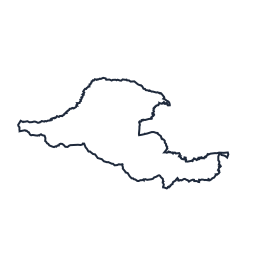 Paulesti, Vrancea, Romania (Robinson projection), rotated 22°
{"feature_id": "2599482B74824267057169", "entity_name": "Paulesti", "entity_type": "district", "adm_level": 2, "iso_a3": "ROU", "parent_name": "Romania", "parent_adm1": "Vrancea", "projection": "robinson", "projection_center": [26.578, 45.893], "detail": "fine", "context": "isolated", "style": "outline", "palette": "slate", "viewbox_px": 256, "rotation_deg": 22, "n_neighbors": 0, "source": "geoboundaries", "source_scale": "gbopen_adm2", "svg_char_len": 5928}
<svg xmlns="http://www.w3.org/2000/svg" viewBox="0 0 256 256"><g transform="rotate(22 128 128)"><path d="M186.6,169.5L187.0,168.9L187.1,167.8L187.7,167.7L187.5,167.4L187.7,167.0L188.3,167.0L189.0,166.3L188.8,165.3L189.3,164.7L189.5,164.0L190.3,163.4L190.0,162.4L190.4,161.1L190.2,160.9L191.8,159.0L192.0,158.3L191.8,158.1L192.6,155.9L194.0,156.8L194.2,157.8L194.9,157.8L196.4,156.5L197.3,156.5L199.0,154.3L199.8,153.9L201.9,154.2L202.9,154.0L204.6,154.9L205.4,153.6L207.5,151.6L208.6,151.3L209.3,152.4L211.7,151.4L212.7,151.4L213.3,151.7L214.0,151.5L213.7,151.1L213.8,150.3L213.6,149.9L214.0,149.9L214.0,149.6L213.6,149.6L213.5,149.3L214.7,149.1L215.3,148.4L216.8,147.8L218.8,147.5L219.3,147.1L222.1,146.4L221.7,146.0L221.7,145.2L223.7,145.5L224.6,144.2L225.0,143.0L226.4,141.7L226.9,139.4L226.9,138.6L227.4,138.3L226.9,138.0L228.5,137.0L229.0,136.4L229.4,134.8L228.2,134.0L228.6,133.6L228.4,133.2L227.2,133.1L227.4,131.7L227.3,130.9L227.8,130.0L227.0,129.7L227.3,129.2L227.8,129.4L228.3,128.7L227.5,128.0L225.9,128.0L225.8,126.4L225.2,124.9L223.9,124.2L222.4,120.6L222.4,116.9L223.8,117.2L224.8,118.0L227.3,117.5L229.0,117.6L231.0,118.3L230.9,114.9L229.7,113.3L226.0,115.2L221.7,116.7L220.0,118.0L217.9,118.8L214.1,120.9L212.7,122.3L212.6,121.4L212.3,122.4L211.7,122.3L211.6,122.5L211.8,123.1L211.4,123.9L211.3,125.2L210.6,125.2L210.2,125.7L210.6,126.4L209.0,127.5L209.3,127.8L207.6,128.4L207.1,127.7L206.2,128.8L205.9,128.4L205.6,128.6L205.8,129.0L204.6,129.2L204.7,129.6L204.4,130.0L205.2,130.5L203.9,131.3L204.0,131.6L203.7,132.0L201.3,131.4L201.1,131.9L200.5,131.8L200.5,132.6L199.8,133.7L200.3,134.3L200.2,134.6L199.1,134.7L195.9,136.8L194.2,137.4L193.5,136.6L193.8,135.7L192.8,134.6L192.6,133.9L191.4,134.1L191.7,135.7L191.1,136.3L189.2,136.5L187.8,135.7L188.0,135.4L187.6,135.1L186.8,135.0L186.9,134.7L185.9,135.1L186.0,132.9L184.9,132.1L181.9,133.7L181.2,133.2L180.3,133.4L179.9,134.0L179.1,133.9L179.1,134.7L178.3,134.3L177.3,134.7L176.3,134.4L175.7,134.8L174.9,134.6L174.9,135.1L174.3,135.1L174.2,135.5L173.5,135.9L173.3,136.4L171.9,136.5L170.8,137.0L172.2,132.4L171.5,132.0L171.5,130.9L170.1,130.2L170.1,129.8L169.7,129.6L169.3,128.6L167.6,127.8L166.9,126.1L165.4,125.4L164.4,125.3L163.9,125.6L163.1,125.3L163.0,124.7L162.3,124.3L161.7,123.3L157.7,122.2L157.6,121.7L157.3,121.5L155.7,122.0L153.4,122.1L151.5,122.9L147.9,125.9L146.3,127.0L145.8,127.0L145.6,127.5L143.3,129.1L141.0,130.5L140.4,129.5L138.8,124.2L137.9,122.0L138.0,121.4L137.6,120.2L136.1,118.4L136.3,117.6L136.5,117.3L137.2,117.5L137.8,117.0L138.0,115.8L138.4,115.6L138.0,115.3L139.0,114.6L140.8,114.2L144.1,111.7L146.5,110.6L146.5,110.2L145.6,109.4L146.8,107.5L145.9,106.5L147.2,106.3L147.3,106.0L146.8,105.4L145.2,104.8L145.6,104.3L145.9,103.0L145.0,102.3L145.1,101.8L144.5,100.8L144.9,100.3L144.4,99.9L144.8,98.8L145.3,98.5L145.2,97.8L145.8,97.2L145.9,96.5L147.6,95.5L147.4,94.6L148.1,93.6L147.7,93.0L149.8,93.0L150.5,92.6L150.6,92.1L151.2,92.2L151.6,90.5L152.7,91.1L153.2,91.8L153.9,91.5L153.9,90.8L154.5,90.2L156.1,91.6L156.2,92.0L156.6,92.1L158.2,91.3L157.8,90.4L156.6,88.9L155.3,88.3L153.6,88.2L151.2,87.5L149.8,87.6L150.2,86.2L149.8,85.7L145.7,83.4L144.6,83.5L144.6,84.0L142.1,83.8L140.9,84.5L137.4,84.9L136.2,85.4L134.1,85.1L134.0,85.6L133.6,85.8L132.6,85.6L130.3,86.2L129.1,85.4L127.7,85.8L125.4,83.9L124.5,83.9L124.0,83.5L122.6,83.9L120.8,83.8L116.4,82.4L113.0,84.0L111.1,83.5L109.2,84.2L108.5,83.7L107.6,84.3L104.8,85.0L104.0,86.6L102.7,87.0L100.3,87.1L99.5,88.0L98.5,87.9L95.8,89.1L95.1,90.1L92.7,90.0L89.7,91.4L88.7,90.4L86.2,90.8L84.4,92.7L83.4,92.8L82.3,94.1L81.2,94.4L81.0,95.1L79.0,95.2L78.5,96.8L77.8,96.9L77.9,97.2L76.8,98.4L77.2,99.5L76.8,100.2L76.8,101.5L76.0,102.0L76.7,104.0L75.6,104.4L75.5,105.3L74.8,106.2L74.6,107.4L73.6,107.7L73.0,109.5L72.8,111.0L74.1,111.4L74.1,112.2L73.4,113.5L74.0,113.4L74.4,113.7L74.0,114.0L74.1,115.2L73.8,116.0L74.1,116.6L73.3,117.2L74.0,117.9L74.0,118.4L73.9,119.2L73.3,119.6L74.2,120.6L73.7,121.3L73.5,122.5L73.7,123.0L71.4,124.0L72.2,124.7L71.6,126.1L72.4,126.5L72.0,126.7L71.9,128.1L70.3,130.2L69.4,130.0L68.6,130.5L68.5,131.1L66.7,132.1L66.7,133.3L65.8,134.3L65.8,135.1L65.1,135.5L64.8,136.3L65.4,137.1L64.6,137.4L64.6,137.8L63.9,138.2L63.6,138.9L63.8,139.4L63.3,140.5L62.5,140.9L62.5,141.6L60.4,142.3L59.8,143.6L57.7,143.6L57.4,145.1L57.1,145.2L56.8,145.9L56.3,145.8L55.7,146.3L55.7,146.7L55.1,146.7L53.7,147.9L54.2,148.7L53.4,148.9L53.7,149.4L53.6,149.8L52.8,149.9L52.6,150.4L50.8,151.3L49.9,152.4L48.5,152.6L48.0,153.4L45.4,153.9L45.1,154.6L44.3,155.3L44.2,155.8L42.6,156.9L39.9,156.8L38.5,157.2L36.8,158.5L34.5,159.6L32.2,159.4L29.8,161.0L29.0,161.1L28.5,161.8L25.8,161.5L25.0,166.3L25.8,167.3L27.1,168.0L28.1,170.6L28.7,171.1L28.8,171.6L33.3,168.7L34.3,168.9L35.0,168.5L36.9,169.2L37.6,169.1L39.5,170.7L40.9,171.0L42.4,170.1L45.5,169.4L47.1,168.9L47.5,168.3L48.6,168.2L48.9,167.3L49.7,166.4L51.2,166.8L53.5,166.4L55.2,168.3L56.1,171.1L57.0,171.3L58.7,172.5L60.1,172.6L61.5,173.6L64.9,173.6L66.6,173.4L67.6,172.2L68.5,172.2L69.2,170.6L70.4,170.2L70.4,168.9L71.3,167.9L73.0,167.4L74.9,167.9L76.9,168.9L79.1,168.2L80.0,166.5L81.0,165.5L87.9,162.3L90.5,161.5L92.0,160.2L92.0,159.3L93.2,158.9L95.9,161.8L97.7,162.7L100.0,164.5L100.5,164.6L101.4,164.0L105.2,165.2L107.4,164.8L111.2,167.2L115.4,166.7L118.1,167.9L121.4,167.6L122.5,167.0L126.3,167.2L127.5,166.8L129.6,167.6L131.9,166.4L133.2,165.0L134.3,164.9L136.4,163.7L136.7,164.0L136.6,164.7L138.0,166.3L138.4,167.6L142.1,169.6L142.4,170.1L144.6,169.9L147.7,172.2L150.2,173.3L151.7,172.8L152.5,173.3L154.1,173.0L156.5,173.6L157.8,173.1L159.1,171.7L160.6,171.1L161.4,170.2L162.2,170.5L162.0,169.7L162.4,169.6L162.2,169.8L162.5,169.9L163.1,169.0L165.2,168.9L169.1,166.6L170.3,165.5L170.7,164.1L172.8,162.3L173.2,161.4L174.5,160.2L175.6,160.3L177.0,161.3L179.3,162.1L180.3,164.0L180.8,164.2L180.4,165.0L180.6,165.6L180.9,165.6L182.5,167.2L182.5,169.3L182.8,169.9L183.7,169.6L186.6,169.5Z" fill="none" stroke="#1e293b" stroke-width="2"/></g></svg>